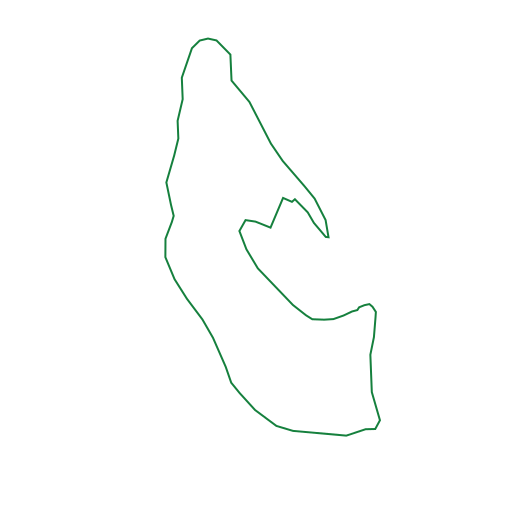 outline of Polowat, Federated States of Micronesia, rotated 146°
{"feature_id": "79324940B94242414509537", "entity_name": "Polowat", "entity_type": "district", "adm_level": 2, "iso_a3": "FSM", "parent_name": "Federated States of Micronesia", "parent_adm1": "", "projection": "equal_earth", "projection_center": [149.197, 7.357], "detail": "fine", "context": "isolated", "style": "outline", "palette": "green", "viewbox_px": 512, "rotation_deg": 146, "n_neighbors": 0, "source": "geoboundaries", "source_scale": "gbopen_adm2", "svg_char_len": 976}
<svg xmlns="http://www.w3.org/2000/svg" viewBox="0 0 512 512"><g transform="rotate(146 256 256)"><path d="M267.7,385.0L289.2,367.1L297.8,346.1L301.8,335.3L306.8,331.2L321.4,320.9L331.8,305.7L336.5,282.3L337.2,259.2L335.9,233.4L337.4,212.2L343.1,181.0L347.4,164.8L346.2,151.5L342.9,128.8L334.1,103.7L323.1,90.3L281.6,56.6L262.0,51.1L253.9,45.9L245.1,50.5L236.1,78.4L216.4,110.2L203.6,122.8L191.3,138.2L187.9,142.6L187.8,148.8L188.9,152.7L193.6,154.6L199.2,155.8L202.2,154.5L207.4,156.3L216.7,157.7L227.1,160.4L235.1,165.1L244.7,172.1L247.7,178.9L252.8,194.8L261.4,244.7L260.2,266.9L255.8,286.0L244.6,291.6L237.2,284.8L228.1,271.4L201.1,289.0L195.9,280.8L192.0,281.3L188.7,263.2L189.5,251.1L187.5,232.8L185.4,231.0L178.2,246.9L175.3,270.8L176.8,287.0L180.7,319.8L180.8,340.8L175.3,387.4L178.2,415.1L164.6,437.3L168.2,456.8L174.2,463.1L182.2,466.1L192.9,464.1L217.8,445.3L229.1,427.0L245.4,411.9L254.7,396.8L267.7,385.0Z" fill="none" stroke="#15803d" stroke-width="2"/></g></svg>